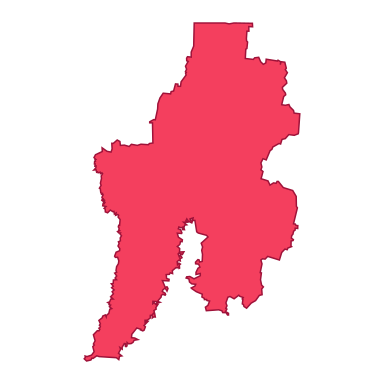 outline of Kota Bekasi, Jawa Barat, Indonesia
{"feature_id": "22746128B54763839112631", "entity_name": "Kota Bekasi", "entity_type": "district", "adm_level": 2, "iso_a3": "IDN", "parent_name": "Indonesia", "parent_adm1": "Jawa Barat", "projection": "orthographic", "projection_center": [106.96, -6.285], "detail": "fine", "context": "isolated", "style": "filled", "palette": "rose", "viewbox_px": 384, "rotation_deg": 0, "n_neighbors": 0, "source": "geoboundaries", "source_scale": "gbopen_adm2", "svg_char_len": 6028}
<svg xmlns="http://www.w3.org/2000/svg" viewBox="0 0 384 384"><path d="M194.2,23.0L193.7,46.1L191.2,52.1L191.2,57.1L187.5,56.7L186.6,58.2L186.7,60.8L188.2,61.4L185.5,66.2L186.6,69.2L185.4,71.8L186.3,72.5L185.6,73.4L186.1,75.0L181.1,81.8L180.5,86.3L178.0,86.3L177.9,84.1L175.5,83.9L173.6,91.0L171.1,91.6L170.6,93.9L163.2,93.2L160.0,97.9L157.9,103.8L157.6,109.1L155.3,119.8L153.7,119.6L149.7,121.8L149.7,122.8L152.5,122.9L152.9,143.0L149.4,143.5L148.3,144.7L140.9,144.2L137.4,145.4L131.4,144.3L129.2,146.5L124.3,145.1L120.4,145.4L119.9,141.5L117.2,140.0L113.3,143.4L111.8,143.3L112.1,149.0L111.0,152.1L107.0,151.3L102.1,147.8L102.3,151.5L95.5,154.7L94.0,157.6L95.8,159.4L95.0,159.6L95.4,161.3L94.6,161.5L94.4,163.9L95.2,164.0L94.9,166.2L96.0,166.0L95.9,167.8L93.9,170.0L96.0,169.7L96.6,172.2L97.4,171.8L98.1,172.8L100.2,172.2L100.5,173.6L101.9,172.8L102.6,173.7L101.2,176.0L101.5,178.4L100.4,183.2L101.1,185.4L99.4,188.2L100.3,188.8L100.8,192.9L102.4,193.4L101.7,194.3L103.1,194.9L101.9,197.3L102.6,198.6L101.5,200.8L103.3,199.3L103.3,200.7L105.1,199.8L103.1,201.6L103.9,202.9L104.4,201.6L105.0,202.4L104.1,203.8L103.0,203.8L102.7,205.8L106.0,206.5L104.1,208.4L105.2,209.1L105.3,211.9L107.6,212.8L110.3,210.1L112.9,211.7L113.9,211.4L114.4,214.1L116.1,213.0L115.7,215.3L117.8,214.5L118.6,215.2L118.1,217.1L120.1,219.5L119.6,225.4L118.7,225.3L118.3,226.9L119.1,228.3L118.8,230.1L119.6,230.7L117.5,231.5L118.7,232.9L120.5,233.0L120.0,233.9L121.5,235.8L120.2,237.9L120.4,240.8L118.4,241.8L119.1,243.4L118.0,246.0L119.8,248.7L119.6,250.7L116.1,252.2L114.6,256.2L115.4,257.4L117.6,257.3L118.8,260.8L118.4,263.7L116.6,266.6L116.0,270.5L116.6,272.3L114.7,273.1L116.7,276.0L115.1,278.0L116.5,279.7L113.4,280.0L113.2,283.5L111.3,283.8L113.3,286.2L111.6,287.7L114.1,289.9L112.1,291.7L113.4,293.8L110.6,296.8L113.1,299.0L110.8,299.1L109.6,301.9L107.8,302.5L109.4,303.5L109.0,304.6L110.6,305.1L109.4,306.7L111.7,308.6L109.8,309.2L108.8,313.4L106.4,315.4L106.2,316.8L105.3,314.9L102.7,316.1L102.3,317.7L98.9,320.4L100.4,323.9L99.4,325.2L100.4,326.2L99.9,327.6L98.9,328.2L99.8,329.3L99.0,330.8L97.3,330.7L93.4,334.7L95.1,340.8L93.4,344.0L94.3,345.0L92.8,346.6L94.1,351.7L91.6,355.1L87.0,356.6L85.1,356.0L85.3,357.5L84.2,358.8L86.6,361.0L90.9,360.0L92.0,358.1L93.1,358.4L96.8,355.8L99.1,356.6L116.4,357.7L118.8,359.6L119.5,356.3L121.8,355.9L118.5,353.3L120.6,349.3L120.0,347.6L122.2,349.1L122.1,347.4L124.3,343.5L125.4,343.7L125.3,346.2L126.0,346.7L127.0,345.9L127.1,342.5L128.5,343.8L131.1,343.6L133.0,342.4L134.1,340.3L137.9,339.6L134.7,338.0L131.5,337.7L131.8,334.3L136.8,328.0L140.8,329.3L140.5,329.9L142.8,330.9L144.1,330.2L145.4,326.8L144.0,325.5L148.0,321.4L146.4,321.3L145.1,322.6L145.0,320.3L147.2,320.2L150.2,318.1L150.3,315.4L152.2,315.3L152.2,318.0L153.7,316.9L155.3,317.0L154.7,313.7L153.0,313.9L154.4,312.3L153.9,310.5L156.2,309.1L155.8,307.7L157.8,304.6L156.1,304.7L154.2,302.8L152.8,303.7L152.9,301.3L157.6,301.6L156.4,303.4L160.0,302.3L158.4,301.7L158.1,300.6L161.1,297.1L161.3,295.4L162.8,294.3L165.1,295.2L165.6,294.6L165.1,293.2L162.3,291.5L162.7,290.1L165.1,288.0L167.0,291.1L168.0,288.5L167.0,286.8L165.2,287.3L162.4,280.6L168.9,280.9L169.1,279.3L166.6,278.5L166.2,274.6L169.4,274.3L170.2,272.8L172.6,273.6L172.3,270.7L176.1,267.5L177.0,267.9L178.6,267.1L179.0,268.4L179.6,268.1L179.3,265.1L180.4,264.1L178.9,263.1L177.5,264.7L177.2,261.6L178.7,260.3L180.3,260.9L180.0,258.8L182.0,257.7L180.4,254.9L179.3,256.9L178.1,253.9L178.8,253.1L182.4,254.5L183.9,251.8L179.5,252.0L179.7,248.5L177.3,246.5L179.8,244.5L180.5,241.5L182.1,241.7L182.4,239.8L178.4,237.2L177.3,233.2L181.6,233.5L181.9,232.8L180.5,229.7L178.3,228.8L178.9,226.9L181.0,227.8L182.9,227.1L182.5,229.6L184.5,229.7L183.9,227.8L184.7,225.1L186.7,224.8L183.6,222.2L187.3,222.2L185.9,220.8L186.8,218.9L188.3,221.2L191.8,222.9L192.3,221.5L190.4,220.3L191.1,218.9L189.3,219.1L193.1,217.9L192.5,220.5L194.9,220.4L196.7,231.8L198.2,233.0L206.5,235.3L208.0,237.0L201.2,243.2L202.6,247.0L201.7,250.3L202.5,254.3L202.2,261.4L199.6,262.0L199.0,259.8L197.9,259.6L195.5,262.2L195.6,263.8L198.7,264.2L199.9,267.2L198.0,268.2L196.0,272.3L196.0,274.5L200.3,273.5L200.3,275.7L194.0,278.8L189.8,276.5L186.7,276.8L186.1,278.0L188.9,278.9L189.5,282.0L191.8,283.9L195.7,284.3L194.9,286.1L191.2,288.0L191.8,288.6L196.3,291.7L202.3,294.2L201.9,297.0L204.3,298.4L204.4,299.6L206.6,299.5L206.9,300.5L209.6,301.1L207.9,305.4L205.4,307.2L206.3,310.7L218.7,309.8L221.9,310.8L222.7,312.6L226.1,312.7L227.5,315.0L228.5,315.0L228.5,313.3L225.5,311.5L226.9,309.1L225.8,308.3L227.0,305.8L225.9,302.9L227.9,297.2L230.0,296.5L234.1,298.8L238.8,295.2L239.8,296.3L243.2,297.5L242.2,298.9L242.9,299.3L242.3,303.9L243.4,304.5L244.0,306.5L246.6,308.2L251.2,303.1L255.6,300.6L259.3,295.4L262.1,294.7L261.7,289.0L263.4,286.9L261.6,285.1L260.5,279.8L261.4,272.9L260.2,272.6L262.0,263.9L260.9,260.0L262.5,258.8L265.1,259.1L267.7,256.4L279.4,260.0L281.7,252.5L284.9,249.1L287.2,249.7L287.9,248.0L291.6,246.6L291.0,246.0L291.1,241.0L293.1,240.5L293.4,239.6L291.4,238.2L291.7,235.6L292.9,234.3L293.6,231.2L295.1,230.1L295.2,228.2L297.7,228.5L297.8,225.6L296.0,225.5L295.4,224.1L293.5,223.8L297.4,207.8L296.4,206.4L296.2,196.4L292.7,190.5L283.3,187.6L278.3,181.4L277.1,181.4L276.1,183.3L273.5,182.9L270.0,185.1L268.0,180.9L261.1,178.7L263.0,171.5L260.9,169.8L261.9,167.0L260.9,162.9L263.0,158.7L266.2,159.9L270.1,150.6L271.9,149.4L272.8,147.0L279.0,143.5L280.6,144.0L282.0,139.4L285.3,138.6L288.8,134.6L294.3,135.3L298.2,133.8L298.5,132.5L299.8,113.8L294.1,113.1L293.5,110.4L290.0,106.9L288.9,104.5L285.3,105.3L281.7,104.7L283.7,96.5L285.7,94.8L285.4,93.1L282.6,89.3L282.4,87.3L286.8,83.2L286.4,80.8L284.4,77.8L287.4,72.7L285.3,69.6L286.3,68.2L284.8,62.2L281.0,61.7L280.3,64.7L280.7,61.8L278.0,60.2L277.4,61.0L266.2,59.2L265.8,62.9L263.3,64.3L260.7,61.8L258.7,57.3L254.7,57.8L253.3,59.4L245.3,58.5L245.8,49.2L246.9,48.5L247.6,42.0L246.6,40.9L246.4,38.7L246.9,31.2L248.9,31.2L248.8,26.6L252.6,26.8L252.4,23.3L233.9,23.0L229.1,23.9L225.0,23.0L194.2,23.0Z" fill="#f43f5e" stroke="#9f1239" stroke-width="1.5"/></svg>